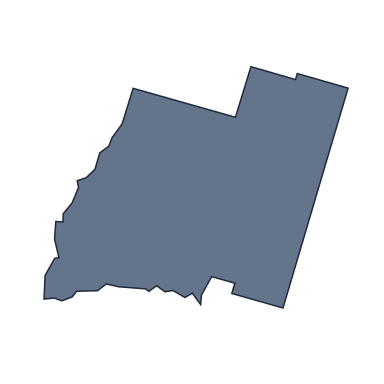 Pike, Arkansas, United States of America (Albers equal-area conic projection), rotated 105°
{"feature_id": "52423323B99086550227942", "entity_name": "Pike", "entity_type": "district", "adm_level": 2, "iso_a3": "USA", "parent_name": "United States of America", "parent_adm1": "Arkansas", "projection": "albers", "projection_center": [-93.566, 34.147], "detail": "fine", "context": "isolated", "style": "filled", "palette": "slate", "viewbox_px": 384, "rotation_deg": 105, "n_neighbors": 0, "source": "geoboundaries", "source_scale": "gbopen_adm2", "svg_char_len": 691}
<svg xmlns="http://www.w3.org/2000/svg" viewBox="0 0 384 384"><g transform="rotate(105 192 192)"><path d="M51.3,68.1L50.3,121.0L56.6,121.1L55.7,167.5L108.6,169.4L107.1,275.7L144.2,277.1L160.1,283.2L169.2,284.2L178.0,291.2L195.2,291.6L205.7,298.0L210.7,305.8L216.9,302.8L233.3,304.9L246.4,310.8L254.3,308.9L255.7,315.9L273.0,312.6L289.8,303.6L291.7,307.5L310.7,312.3L333.7,307.2L330.1,297.6L330.8,289.5L324.4,280.6L317.7,277.7L311.8,257.7L303.0,251.0L302.5,238.3L297.6,211.7L299.2,208.0L291.7,201.9L295.4,192.3L292.1,185.0L295.7,171.5L289.7,165.5L298.5,154.5L289.1,156.2L268.7,151.1L269.0,127.0L279.7,127.3L280.5,74.1L51.3,68.1Z" fill="#64748b" stroke="#1e293b" stroke-width="1.5"/></g></svg>